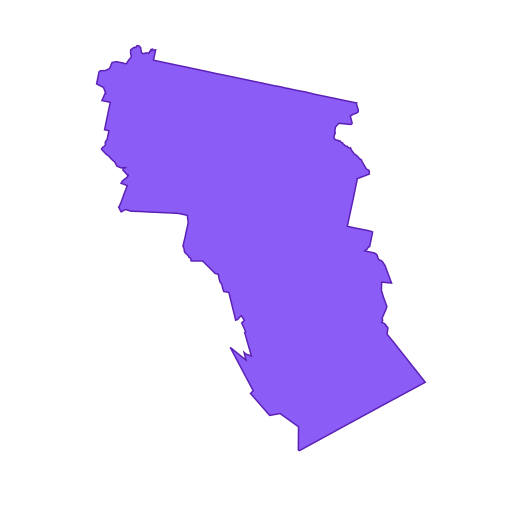 the district of Delicias, Chihuahua, Mexico, rotated 282°
{"feature_id": "50627088B94696650260706", "entity_name": "Delicias", "entity_type": "district", "adm_level": 2, "iso_a3": "MEX", "parent_name": "Mexico", "parent_adm1": "Chihuahua", "projection": "orthographic", "projection_center": [-105.441, 28.123], "detail": "fine", "context": "isolated", "style": "filled", "palette": "violet", "viewbox_px": 512, "rotation_deg": 282, "n_neighbors": 0, "source": "geoboundaries", "source_scale": "gbopen_adm2", "svg_char_len": 5928}
<svg xmlns="http://www.w3.org/2000/svg" viewBox="0 0 512 512"><g transform="rotate(282 256 256)"><path d="M109.4,379.4L134.3,408.5L167.7,447.8L200.3,408.5L206.8,400.4L212.9,400.0L213.0,399.7L213.3,399.5L213.7,399.5L214.1,399.1L214.2,398.5L214.4,397.9L214.7,397.6L215.2,397.6L215.6,397.3L216.1,396.5L216.7,395.3L217.1,393.7L217.1,392.7L219.4,393.3L221.6,392.2L222.5,392.5L230.6,394.2L233.9,394.5L242.3,389.2L248.7,385.7L256.6,384.4L257.7,394.2L273.5,384.2L276.7,380.9L277.6,379.2L278.0,376.8L279.3,375.7L280.1,375.2L280.7,375.2L281.1,374.7L281.5,374.5L282.1,374.3L282.2,374.1L282.3,373.9L282.4,373.5L282.7,373.2L282.9,372.9L283.2,372.7L283.2,372.1L283.4,371.5L283.6,371.2L283.6,370.8L283.6,370.4L283.6,361.3L284.7,362.1L285.0,362.4L285.4,362.8L285.5,363.0L286.4,363.4L288.5,364.3L288.7,365.2L303.7,365.1L304.0,363.9L304.2,360.4L304.1,353.9L304.1,352.2L304.0,350.2L304.0,348.1L304.0,345.1L304.0,343.5L304.0,341.6L304.0,339.1L329.7,339.2L351.5,339.1L352.6,338.8L356.0,344.1L359.7,349.8L360.5,349.5L360.8,349.5L361.1,349.3L362.0,349.3L362.3,349.3L362.5,349.1L362.9,348.9L363.0,348.6L363.2,348.4L363.4,348.4L363.6,347.2L364.1,345.9L366.7,343.4L370.6,340.0L371.5,339.3L372.0,339.0L372.3,338.6L372.4,337.8L372.7,336.9L373.1,336.4L373.7,335.9L374.5,334.5L375.5,333.0L376.2,330.8L377.5,329.6L378.2,328.7L378.9,327.9L379.9,327.0L381.5,325.9L381.2,325.5L381.0,324.6L381.1,324.2L381.7,323.0L382.2,322.7L382.1,322.3L382.1,321.5L382.2,321.1L382.3,320.4L382.6,319.9L383.3,319.0L383.4,318.7L383.8,317.7L384.1,317.5L384.5,317.3L384.7,316.9L384.8,316.3L384.9,315.7L385.2,315.3L385.6,314.9L385.7,314.6L385.8,314.5L386.0,314.4L385.8,312.8L385.8,312.7L386.1,312.5L386.2,312.2L386.0,311.9L386.1,311.6L386.3,309.4L387.1,308.2L388.8,307.4L390.8,307.5L391.6,307.9L393.3,307.8L393.3,307.3L398.3,306.9L399.5,307.3L402.5,309.1L402.8,309.6L403.1,310.2L403.8,316.4L404.4,321.6L405.0,322.0L405.4,322.4L406.0,322.4L412.0,319.4L412.6,319.2L413.6,320.4L414.6,321.1L414.7,321.3L415.9,323.4L416.9,324.9L418.0,325.8L418.7,325.9L420.3,325.6L426.3,322.3L426.6,322.5L426.5,294.1L426.4,279.1L426.6,276.5L426.6,272.9L426.6,272.1L426.8,271.7L426.8,270.3L426.7,268.7L426.6,265.8L426.5,263.4L426.5,263.0L426.5,259.2L426.5,258.9L426.5,257.5L426.6,252.1L426.4,251.7L426.5,251.2L426.3,250.9L426.5,250.5L426.4,250.4L426.3,250.0L426.3,249.6L426.5,249.1L426.6,246.1L426.6,245.3L426.6,245.2L426.6,244.3L426.6,244.2L426.6,241.8L426.5,241.7L426.4,241.4L426.3,187.9L426.2,180.0L426.2,176.2L426.3,169.5L426.2,126.0L426.2,115.0L436.8,115.0L436.7,114.6L435.8,112.5L436.9,111.8L436.1,110.3L434.9,110.8L434.8,110.1L434.3,109.6L434.0,109.4L432.2,109.3L432.0,107.1L431.7,106.3L431.7,105.7L430.9,104.8L430.5,104.0L430.6,103.6L430.6,103.3L430.9,102.5L431.1,101.9L431.2,101.7L431.5,101.6L432.7,101.0L433.2,100.8L434.9,100.2L435.7,99.9L436.6,98.9L437.2,97.8L437.2,97.4L437.2,97.0L437.3,96.7L437.1,96.3L437.0,96.0L436.6,95.6L435.9,95.3L435.3,95.3L435.0,94.8L434.6,93.3L434.3,92.9L431.7,90.6L431.4,90.6L429.7,90.8L428.0,91.3L427.0,91.7L426.6,91.9L426.1,92.3L425.8,92.5L424.4,92.4L423.9,92.4L423.4,92.0L421.2,90.7L420.0,90.3L418.3,89.6L417.3,89.5L416.8,87.1L416.9,86.8L417.1,86.2L417.1,85.5L417.1,84.9L417.1,80.7L417.1,79.1L415.4,75.1L415.1,74.9L409.9,74.0L408.8,73.6L408.1,72.7L407.4,71.9L406.6,70.8L405.9,69.8L405.8,69.4L405.5,67.6L405.0,66.1L404.8,65.3L404.1,64.5L403.5,64.2L402.2,64.2L391.2,64.3L390.6,66.4L390.2,67.9L389.9,68.9L389.7,69.7L389.5,70.5L389.4,71.2L389.2,71.8L388.2,72.4L385.7,74.0L385.0,74.4L384.1,74.9L384.0,75.2L383.7,75.1L383.7,74.7L383.4,74.5L382.9,74.4L382.2,74.2L381.4,74.1L381.0,74.0L380.4,73.9L378.6,73.5L376.0,73.0L376.0,81.5L348.0,81.6L348.0,86.1L339.6,86.1L339.4,86.1L338.6,86.1L338.2,85.7L337.3,85.2L336.5,85.3L336.1,85.0L335.6,84.9L335.1,85.0L334.4,85.5L333.9,85.6L333.5,85.4L332.6,85.3L332.1,85.0L331.7,84.7L331.3,84.3L331.0,83.9L330.2,83.3L329.5,82.9L328.6,82.6L328.3,82.8L328.1,83.0L327.8,83.4L327.1,84.4L326.4,85.4L326.1,85.8L325.5,86.7L324.9,87.5L324.6,88.0L324.2,88.6L323.6,90.1L323.4,90.6L323.1,91.2L322.8,91.7L322.1,92.6L321.5,93.4L321.2,93.7L319.7,96.1L318.9,97.8L318.5,98.3L318.2,98.7L317.8,99.0L317.5,99.1L314.9,101.4L314.9,101.9L314.6,103.0L314.4,104.0L314.3,105.1L314.1,105.3L314.7,107.4L315.3,109.9L315.0,109.7L314.6,108.3L314.4,107.5L313.7,107.8L312.8,108.0L312.4,107.9L311.9,108.7L311.5,109.1L311.4,109.3L311.2,109.6L311.0,109.9L310.8,110.2L310.7,110.4L310.5,110.6L310.2,110.9L309.9,111.3L309.3,112.4L309.0,112.7L308.8,113.0L308.5,113.3L309.0,113.9L308.9,114.0L308.7,114.1L308.4,114.3L308.2,114.3L307.9,114.2L307.6,114.1L306.3,113.5L305.5,113.0L303.5,111.2L301.5,109.7L300.7,109.3L299.8,109.1L299.7,109.1L299.0,108.9L298.9,109.9L298.8,111.3L298.5,113.0L298.3,114.7L298.1,115.4L295.2,115.0L289.9,114.1L287.8,113.8L286.3,113.7L285.3,113.5L279.5,112.7L279.4,112.6L276.2,112.0L275.8,111.9L275.3,111.4L273.9,112.6L272.1,114.0L271.1,115.0L273.5,117.6L274.3,118.6L274.1,121.1L274.1,122.3L273.9,123.1L273.8,123.7L274.1,125.9L274.6,128.8L275.6,134.4L276.0,137.2L276.5,140.2L276.9,143.0L277.9,148.8L278.4,151.8L279.0,155.7L279.3,157.5L279.7,159.6L281.5,171.0L281.5,179.2L281.5,180.3L281.1,180.5L278.3,181.4L276.8,182.0L274.8,182.7L269.6,182.8L269.3,182.7L264.2,182.7L261.3,182.7L257.8,182.7L255.9,182.6L252.8,182.5L250.3,182.5L250.1,182.8L248.2,184.1L247.7,184.3L245.8,184.9L245.1,185.3L244.7,185.7L243.7,187.1L242.8,188.8L241.8,189.9L240.9,190.6L240.6,191.0L240.3,192.4L240.1,192.8L239.6,193.0L238.8,193.2L237.9,193.2L237.8,194.5L239.8,203.8L239.9,204.8L239.6,205.5L230.4,219.7L230.3,223.0L228.6,223.5L223.6,225.9L220.8,228.6L217.7,230.0L214.6,231.8L214.7,237.0L193.7,247.2L189.0,249.4L189.4,250.1L189.7,250.5L189.8,250.9L190.2,251.3L192.2,252.4L193.3,253.0L194.6,254.1L190.5,258.0L187.6,255.9L179.9,261.6L178.7,260.8L176.2,262.2L157.2,272.3L157.7,269.2L157.8,266.9L159.2,264.4L152.1,267.9L161.2,249.8L123.6,281.3L120.4,279.2L102.9,302.5L106.9,312.3L97.8,333.1L75.2,337.7L74.7,339.0L109.4,379.4Z" fill="#8b5cf6" stroke="#5b21b6" stroke-width="1.5"/></g></svg>